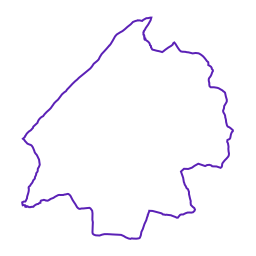 Sumbawanga Urban, Rukwa, United Republic of Tanzania (orthographic projection), rotated 271°
{"feature_id": "72390352B60773938386935", "entity_name": "Sumbawanga Urban", "entity_type": "district", "adm_level": 2, "iso_a3": "TZA", "parent_name": "United Republic of Tanzania", "parent_adm1": "Rukwa", "projection": "orthographic", "projection_center": [31.593, -7.975], "detail": "fine", "context": "isolated", "style": "outline", "palette": "violet", "viewbox_px": 256, "rotation_deg": 271, "n_neighbors": 0, "source": "geoboundaries", "source_scale": "gbopen_adm2", "svg_char_len": 5537}
<svg xmlns="http://www.w3.org/2000/svg" viewBox="0 0 256 256"><g transform="rotate(271 128 128)"><path d="M89.8,221.3L90.7,222.3L91.5,222.6L92.2,222.7L93.7,222.8L94.6,223.2L96.6,224.7L97.8,225.7L99.0,226.9L101.3,228.8L102.7,229.3L104.4,229.4L106.1,229.0L107.9,228.8L109.2,228.7L110.2,228.8L111.3,228.8L112.9,228.5L114.5,228.2L115.9,227.4L117.7,227.6L118.2,228.5L118.7,229.7L119.8,230.4L120.9,230.6L123.3,231.0L124.5,231.4L125.8,232.0L126.5,232.8L127.6,232.9L129.0,231.3L129.8,230.3L130.5,229.3L130.9,228.2L131.3,227.6L132.4,226.9L135.7,226.0L137.7,225.8L139.3,225.4L140.5,225.0L141.4,225.0L142.5,224.7L143.6,224.2L144.7,223.5L145.9,222.9L147.1,222.8L148.2,223.2L149.3,223.6L150.5,223.7L151.7,223.8L152.3,224.2L155.3,225.9L156.3,226.3L158.0,226.3L161.2,225.3L162.5,225.0L165.0,224.4L165.8,223.6L166.4,222.6L167.2,221.8L167.8,220.7L168.5,219.4L169.3,218.0L169.7,216.8L170.0,214.9L170.2,213.4L170.2,211.6L170.2,209.9L171.3,208.8L173.0,208.5L174.5,208.5L175.8,208.1L177.0,207.9L178.4,207.9L179.7,208.5L180.5,209.2L181.8,210.0L183.0,210.5L185.2,211.2L186.4,211.9L187.4,211.8L187.9,211.3L188.7,210.7L189.6,210.6L190.7,209.9L191.7,208.4L192.3,207.2L193.6,207.2L194.4,207.2L195.3,207.0L196.2,205.8L197.8,204.6L199.5,203.2L200.9,201.9L202.3,200.1L203.0,199.0L203.9,197.3L204.2,194.3L203.7,191.3L204.2,189.3L204.7,187.1L204.8,185.6L205.2,183.7L205.2,181.3L205.5,179.6L206.7,178.2L209.3,176.3L212.9,174.0L214.3,172.8L213.7,171.9L212.0,171.1L210.8,169.6L209.2,167.0L206.9,163.9L205.2,161.9L204.5,160.8L204.8,159.9L205.3,157.9L205.8,155.2L206.5,152.5L206.7,151.5L207.0,150.8L207.5,150.5L208.3,150.2L208.9,149.6L209.8,149.6L210.6,149.4L211.1,148.6L212.1,148.4L213.4,147.8L214.5,146.8L215.3,145.8L215.7,145.1L216.4,144.2L216.7,144.0L217.2,143.9L216.8,143.1L217.5,142.8L217.9,142.8L218.5,143.1L218.9,142.7L219.5,142.5L220.0,142.8L220.5,142.6L220.8,142.6L221.3,142.4L221.6,141.8L223.1,141.8L224.0,141.7L224.5,142.2L225.3,142.2L226.4,143.1L228.3,144.0L231.8,146.4L236.1,148.7L238.4,149.3L238.8,149.4L238.8,148.5L238.6,147.7L238.2,146.2L238.1,144.4L236.3,141.3L235.3,140.3L235.8,137.7L235.8,136.1L235.7,136.1L235.7,135.7L235.1,133.5L234.1,131.1L231.7,128.9L229.2,125.8L226.6,123.0L224.8,120.8L223.5,118.5L221.3,115.1L220.8,114.7L219.4,113.5L214.9,111.1L211.5,109.1L210.1,108.0L210.1,107.8L209.3,107.2L206.9,105.2L204.5,103.1L201.5,100.4L198.5,98.6L196.1,97.5L195.2,96.7L194.5,96.0L191.6,92.6L188.9,90.9L186.9,89.3L182.2,83.8L177.3,78.0L175.6,76.4L173.7,74.2L172.6,73.1L171.2,71.7L168.3,69.1L165.4,66.4L163.7,65.3L162.6,63.7L160.5,61.4L157.4,59.2L155.1,57.5L153.3,55.5L151.4,53.7L150.1,52.9L148.4,51.7L146.6,50.5L145.0,49.0L142.6,46.4L140.2,44.2L138.4,43.0L137.7,41.7L136.8,40.5L135.6,39.4L134.7,38.7L133.0,37.8L131.6,37.4L127.7,33.3L126.5,33.0L124.1,30.9L123.4,29.9L122.9,29.1L121.1,27.3L120.2,26.6L119.1,26.0L118.1,25.4L118.0,25.2L117.2,25.0L115.4,23.1L114.2,24.6L113.1,25.3L112.1,26.3L110.6,27.7L109.7,29.9L109.4,31.0L108.7,32.0L107.0,33.2L105.4,33.9L103.8,34.6L102.0,35.2L100.6,36.2L99.7,37.1L97.9,38.1L96.6,38.7L94.9,39.6L93.6,39.8L93.3,39.9L92.6,39.9L92.2,40.0L91.8,40.1L89.8,40.4L88.8,40.1L86.9,39.3L86.1,38.7L85.2,38.5L83.7,38.5L82.7,38.2L81.9,37.6L81.1,37.0L80.1,37.0L79.0,36.7L78.2,36.3L77.2,35.8L76.1,35.8L75.2,35.3L74.2,34.3L73.2,33.9L72.0,33.4L70.9,32.7L69.9,31.8L68.6,31.2L67.5,29.9L66.3,29.6L65.7,29.9L64.2,29.9L63.1,29.8L61.6,29.5L60.1,29.1L58.5,28.6L57.3,28.3L55.8,28.2L54.7,27.6L53.6,27.2L52.7,26.6L52.6,25.0L51.8,23.5L50.6,23.7L50.4,23.7L50.3,23.8L49.8,23.9L49.5,23.9L48.9,24.1L49.1,25.0L49.1,25.4L49.0,25.9L48.9,26.5L48.2,26.6L47.7,26.6L47.5,27.1L47.4,27.1L47.4,27.3L47.4,27.7L47.5,27.7L48.1,27.9L48.1,28.3L47.9,28.9L47.7,29.4L47.5,29.6L47.5,29.8L47.2,30.4L47.1,30.5L47.2,31.7L47.3,31.9L47.2,32.1L47.4,32.8L47.5,33.1L47.6,33.3L47.6,33.7L47.5,34.1L47.5,34.4L47.5,34.5L47.8,35.0L48.3,35.3L48.9,36.0L49.0,36.1L49.8,37.3L50.1,37.8L50.1,38.1L50.4,38.7L50.5,39.6L50.6,39.8L51.3,40.4L51.5,40.9L51.7,41.7L52.5,41.7L53.2,42.0L53.7,42.1L54.0,42.5L54.2,43.4L54.4,44.3L54.7,45.1L54.5,46.1L54.1,46.8L54.1,47.4L54.0,47.6L54.0,48.4L53.9,49.0L54.5,50.1L54.8,50.6L54.9,50.8L55.0,50.8L55.7,51.8L56.8,54.6L58.0,56.3L59.7,59.4L59.9,60.5L59.9,60.9L59.8,61.7L59.9,63.1L59.9,64.4L60.3,65.5L60.5,66.8L60.6,67.1L60.8,67.9L61.0,68.5L61.0,69.5L60.2,70.7L59.1,71.7L56.5,73.1L55.0,73.9L53.2,75.1L50.9,76.7L47.9,78.5L46.9,79.6L46.4,80.5L46.3,81.3L46.7,82.9L46.8,85.0L47.2,88.2L47.5,90.9L46.9,91.9L44.7,93.6L42.1,94.0L38.6,94.0L35.6,94.0L33.2,94.5L29.1,94.4L23.1,94.3L21.7,94.6L20.9,95.5L20.2,97.3L20.1,98.4L20.0,101.5L20.9,103.9L21.5,106.4L21.5,107.7L21.5,110.4L21.3,114.7L21.1,121.0L21.0,123.0L19.9,125.6L18.7,127.6L17.5,130.6L17.2,132.4L17.7,133.6L17.5,135.5L17.5,138.6L17.9,140.9L18.5,141.8L21.0,142.7L24.3,143.2L27.3,144.6L32.2,146.1L36.2,147.9L39.0,148.6L40.4,149.2L40.9,149.2L40.9,149.3L41.8,149.5L43.1,149.9L44.8,150.6L45.6,150.7L45.5,154.0L43.8,160.9L43.2,163.2L42.2,164.3L42.1,165.2L42.2,165.3L41.8,166.9L42.0,168.1L41.9,168.6L41.5,172.5L41.1,173.4L40.4,175.4L39.8,177.1L39.2,178.2L39.2,179.4L40.3,180.2L42.1,181.7L42.5,183.0L42.5,184.7L43.2,185.9L44.0,187.6L44.5,189.1L44.6,191.2L44.5,192.8L44.9,194.5L46.3,195.9L47.6,196.4L49.2,195.6L50.3,194.1L52.2,192.2L54.5,191.9L56.0,192.0L58.0,191.4L59.5,191.0L61.2,190.6L63.1,190.1L65.1,190.1L67.9,189.0L68.8,187.7L70.9,186.7L72.4,185.7L74.1,185.2L74.9,184.8L79.2,184.0L85.4,181.7L88.2,184.7L88.1,189.0L89.5,192.7L91.3,195.1L93.5,198.9L92.6,201.8L91.3,205.8L92.3,207.7L92.6,210.0L92.0,212.0L91.2,212.8L91.1,214.3L91.1,217.2L90.5,219.0L90.0,220.7L89.8,221.3Z" fill="none" stroke="#5b21b6" stroke-width="2"/></g></svg>